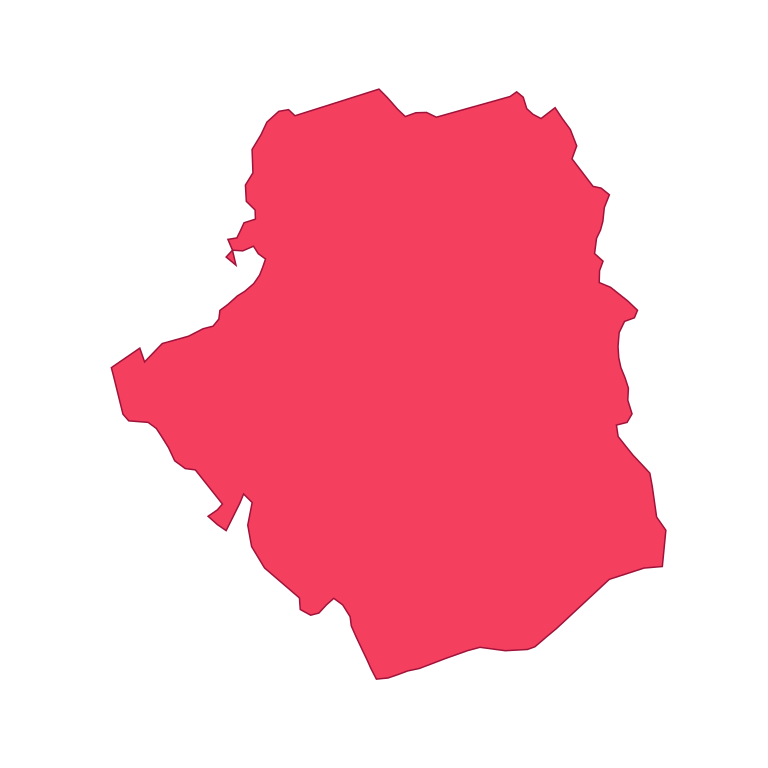 Água Santa, Rio Grande do Sul, Brazil (Natural Earth projection), rotated 348°
{"feature_id": "56859067B17076828661900", "entity_name": "Água Santa", "entity_type": "district", "adm_level": 2, "iso_a3": "BRA", "parent_name": "Brazil", "parent_adm1": "Rio Grande do Sul", "projection": "natural_earth1", "projection_center": [-52.061, -28.213], "detail": "fine", "context": "isolated", "style": "filled", "palette": "rose", "viewbox_px": 768, "rotation_deg": 348, "n_neighbors": 0, "source": "geoboundaries", "source_scale": "gbopen_adm2", "svg_char_len": 1921}
<svg xmlns="http://www.w3.org/2000/svg" viewBox="0 0 768 768"><g transform="rotate(348 384 384)"><path d="M263.6,221.6L273.5,224.4L285.0,222.1L288.1,230.4L294.1,237.1L289.8,244.3L285.0,251.6L277.5,258.7L267.1,264.4L258.8,267.4L247.9,273.7L238.8,277.9L236.0,286.1L228.8,291.9L218.6,292.3L202.7,296.6L175.5,298.3L154.4,312.6L152.6,298.1L120.7,311.3L121.1,320.5L122.4,359.3L126.7,367.0L133.8,369.1L145.3,372.5L152.1,380.2L155.2,388.2L160.0,401.4L163.3,415.6L172.0,425.4L181.6,428.8L201.0,467.8L194.8,472.5L184.4,476.8L191.8,486.9L199.1,494.6L218.2,470.6L223.8,462.4L230.4,472.5L225.3,484.5L221.4,493.7L221.0,505.3L220.7,515.5L228.9,539.1L256.8,575.7L255.2,587.2L264.2,594.9L272.7,594.5L281.7,588.1L290.3,583.2L297.7,591.5L302.5,604.6L301.7,613.8L304.1,625.3L307.6,640.1L310.1,650.4L312.0,659.4L315.2,671.1L326.8,672.4L337.5,671.1L347.4,669.6L359.4,669.6L387.6,665.2L410.2,662.2L423.1,661.5L447.2,670.1L469.1,673.5L477.0,672.4L490.2,665.2L502.1,658.9L563.8,621.9L600.0,618.1L618.3,620.4L629.3,585.7L623.0,570.8L625.1,540.4L625.5,526.5L618.3,514.5L612.7,505.3L607.9,495.8L602.1,484.1L602.8,472.5L613.8,472.1L620.4,464.8L619.1,450.5L622.2,438.9L621.1,428.2L619.1,417.1L619.1,407.0L620.7,396.1L624.7,382.6L632.3,372.8L642.7,371.3L647.3,364.6L639.7,353.5L631.8,343.9L625.8,336.6L615.6,329.5L618.4,318.0L623.8,309.4L617.1,300.2L622.2,285.7L627.8,278.4L631.9,270.4L636.2,257.2L643.8,245.8L637.1,237.5L629.5,234.1L614.7,202.8L622.0,191.2L619.2,173.9L613.6,161.5L608.8,149.3L592.8,157.0L585.8,151.2L580.9,144.4L579.8,132.4L574.5,125.8L567.1,129.0L490.7,133.9L482.0,127.2L471.6,125.3L460.4,126.8L454.4,118.0L446.8,104.5L440.4,94.5L352.7,103.1L347.7,95.8L337.8,95.4L323.9,103.5L315.5,114.6L303.7,127.2L299.7,150.2L289.8,160.6L287.3,176.7L294.1,187.0L292.5,196.0L280.6,197.2L275.8,203.7L270.5,210.5L261.4,210.1L263.6,221.6ZM263.6,221.6L256.0,227.0L263.9,237.0L263.6,221.6Z" fill="#f43f5e" stroke="#9f1239" stroke-width="1.5"/></g></svg>